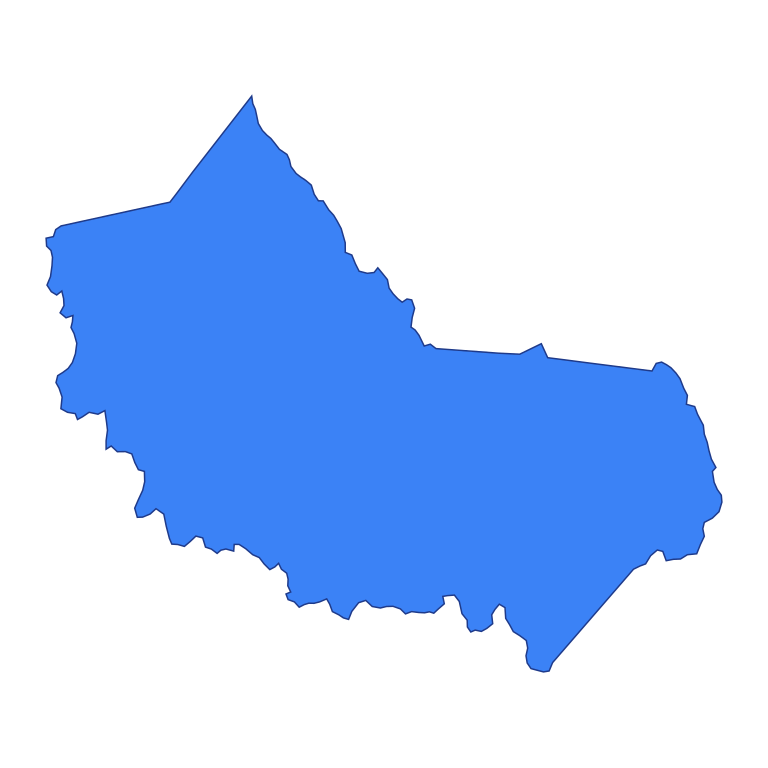 the district of Macajuba, Bahia, Brazil
{"feature_id": "56859067B5782539375229", "entity_name": "Macajuba", "entity_type": "district", "adm_level": 2, "iso_a3": "BRA", "parent_name": "Brazil", "parent_adm1": "Bahia", "projection": "equal_earth", "projection_center": [-40.27, -12.114], "detail": "fine", "context": "isolated", "style": "filled", "palette": "blue", "viewbox_px": 768, "rotation_deg": 0, "n_neighbors": 0, "source": "geoboundaries", "source_scale": "gbopen_adm2", "svg_char_len": 3045}
<svg xmlns="http://www.w3.org/2000/svg" viewBox="0 0 768 768"><path d="M251.7,96.1L192.4,172.4L176.0,194.3L169.9,202.2L161.7,203.9L61.1,225.9L55.7,229.6L53.4,236.6L46.1,238.2L46.6,246.1L51.0,250.5L52.5,257.3L52.0,265.7L50.5,276.6L47.0,285.1L51.3,291.7L56.7,295.0L61.8,291.0L63.6,298.6L64.0,305.6L60.1,312.8L66.0,317.8L72.9,315.5L72.4,321.8L71.0,327.5L74.1,333.6L76.8,343.3L75.4,353.8L72.4,362.5L68.2,368.4L62.9,372.4L57.7,375.6L56.0,382.6L59.1,388.2L62.1,397.1L60.9,408.7L67.5,412.3L75.3,413.6L77.5,419.5L82.3,416.9L89.1,412.3L98.0,414.2L104.9,410.6L106.6,422.6L107.5,430.2L106.1,440.7L106.1,449.2L111.2,446.0L117.3,451.7L125.4,451.6L131.8,453.9L134.8,462.5L138.4,469.7L144.4,471.4L144.7,481.7L142.7,490.3L138.3,499.8L134.7,508.2L137.3,517.3L142.7,517.1L150.2,514.0L156.0,508.7L163.8,514.1L166.2,526.0L169.4,538.4L171.8,544.1L177.8,544.5L184.4,546.4L190.2,541.5L195.9,536.1L202.7,537.9L205.5,547.1L211.4,549.1L217.1,553.4L220.9,550.2L225.9,549.0L233.7,551.1L234.2,544.4L239.1,544.4L245.7,548.7L252.7,554.7L259.3,557.6L264.1,563.9L269.8,569.6L274.9,566.9L278.6,563.3L281.4,569.2L286.7,573.2L288.1,579.1L287.8,585.8L290.7,592.0L286.0,594.0L288.1,599.6L294.4,601.9L299.2,607.2L304.2,604.6L308.8,603.2L314.0,603.3L319.6,601.9L326.7,598.9L329.7,604.2L332.4,611.6L338.8,614.8L343.4,617.9L348.6,619.4L351.8,611.4L358.6,602.7L365.8,600.4L372.2,606.5L380.4,608.0L386.4,606.5L393.0,606.3L400.4,608.9L405.5,613.9L411.6,611.6L418.8,612.5L424.6,612.8L429.4,611.8L433.8,613.2L438.4,608.9L444.3,603.8L442.8,596.4L447.5,595.6L454.4,595.1L459.3,601.5L462.0,613.7L467.2,620.2L467.4,627.0L470.8,632.0L475.2,630.1L481.4,631.4L486.8,628.4L492.7,623.7L491.7,614.8L494.9,609.5L499.3,604.2L505.0,607.6L505.7,618.4L509.6,624.7L513.3,631.6L519.7,635.6L526.3,640.5L527.7,648.1L526.0,655.8L527.2,663.0L531.0,668.6L538.5,670.6L543.5,671.9L549.1,671.0L552.6,662.6L633.5,569.2L640.0,566.0L645.6,563.9L650.6,555.7L657.3,550.0L662.8,551.4L666.2,560.7L673.4,559.3L680.5,559.0L687.4,554.7L696.7,553.8L700.4,544.5L704.3,536.3L702.8,528.7L704.3,522.4L712.4,518.1L719.0,511.7L721.9,502.1L721.3,495.2L717.3,489.5L714.1,482.3L712.4,471.4L715.9,467.5L711.4,459.2L709.0,450.7L707.2,442.3L704.3,434.2L703.3,425.2L700.3,419.6L697.5,414.2L694.7,406.6L686.4,404.3L687.4,395.4L683.7,388.2L680.0,378.7L675.9,373.0L671.0,367.8L666.5,364.7L661.6,362.1L656.2,363.4L652.0,371.0L586.7,362.7L564.4,359.8L547.7,357.7L541.3,343.7L519.7,354.2L498.6,353.2L436.0,348.6L430.3,344.2L424.2,346.0L419.0,335.3L415.1,330.0L411.0,327.1L412.2,317.5L414.6,308.3L411.7,299.9L407.0,299.0L402.2,302.2L397.7,298.7L393.0,293.7L389.1,288.1L387.4,279.6L382.5,273.5L377.8,267.8L374.1,272.5L367.3,273.3L359.1,271.2L355.3,263.6L351.8,255.0L345.3,252.4L345.2,242.7L343.1,235.3L341.2,228.6L337.1,221.0L333.7,215.3L328.7,209.8L323.2,200.9L318.4,200.8L314.2,194.3L311.3,185.1L305.6,180.3L300.2,176.7L296.1,173.5L290.9,166.5L289.4,159.8L287.0,154.5L279.4,149.3L274.3,142.7L270.8,138.4L266.8,135.1L262.4,130.5L258.3,123.5L256.7,115.7L255.3,109.3L252.8,103.7L251.7,96.1Z" fill="#3b82f6" stroke="#1e3a8a" stroke-width="1.5"/></svg>